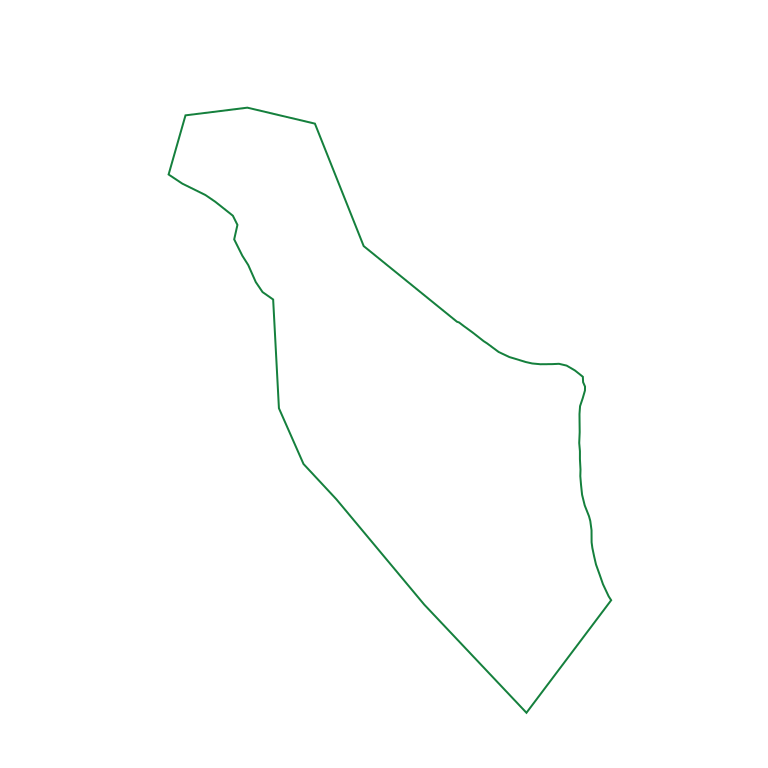 Bishop'S Gap/Ghirawoo Road, Castries, Saint Lucia, rotated 313°
{"feature_id": "8701671B64130059422641", "entity_name": "Bishop'S Gap/Ghirawoo Road", "entity_type": "district", "adm_level": 2, "iso_a3": "LCA", "parent_name": "Saint Lucia", "parent_adm1": "Castries", "projection": "natural_earth1", "projection_center": [-60.984, 14.001], "detail": "fine", "context": "isolated", "style": "outline", "palette": "green", "viewbox_px": 768, "rotation_deg": 313, "n_neighbors": 0, "source": "geoboundaries", "source_scale": "gbopen_adm2", "svg_char_len": 954}
<svg xmlns="http://www.w3.org/2000/svg" viewBox="0 0 768 768"><g transform="rotate(313 384 384)"><path d="M527.3,155.9L492.9,95.6L445.1,55.6L390.3,83.6L393.0,99.9L400.4,124.5L402.2,136.2L404.0,158.7L400.4,168.3L387.6,175.8L381.2,192.9L378.4,203.6L371.1,220.7L368.4,232.5L370.2,245.3L294.6,323.7L270.6,379.7L267.2,427.8L250.1,563.9L240.7,712.4L380.8,697.6L381.9,693.2L386.9,680.7L391.5,672.0L396.6,662.1L401.4,655.0L406.2,648.2L409.8,643.8L418.6,635.5L424.5,628.3L427.1,624.1L432.1,613.6L438.1,604.4L444.6,596.9L450.5,590.4L455.4,586.1L462.7,578.5L468.5,573.1L474.0,567.0L482.3,559.9L489.1,553.4L495.3,547.5L501.5,542.5L509.2,539.0L516.3,535.4L519.2,532.8L521.1,528.4L524.9,524.5L524.1,514.3L522.0,505.0L518.1,498.2L513.3,493.5L505.2,485.0L500.1,478.4L496.7,472.6L491.7,462.3L489.2,457.3L485.6,446.0L484.0,431.6L483.3,427.7L482.1,413.6L480.8,403.0L480.2,396.9L479.3,394.9L471.0,275.1L527.3,155.9Z" fill="none" stroke="#15803d" stroke-width="2"/></g></svg>